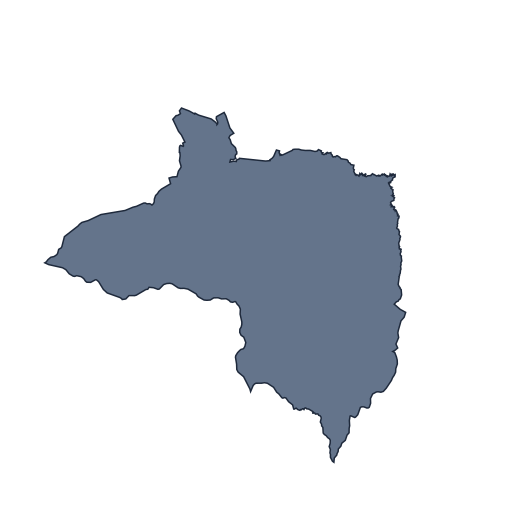 Sotaquirá, Boyacá, Colombia, rotated 210°
{"feature_id": "7082276B24848534982684", "entity_name": "Sotaquirá", "entity_type": "district", "adm_level": 2, "iso_a3": "COL", "parent_name": "Colombia", "parent_adm1": "Boyacá", "projection": "mercator", "projection_center": [-73.263, 5.785], "detail": "fine", "context": "isolated", "style": "filled", "palette": "slate", "viewbox_px": 512, "rotation_deg": 210, "n_neighbors": 0, "source": "geoboundaries", "source_scale": "gbopen_adm2", "svg_char_len": 6111}
<svg xmlns="http://www.w3.org/2000/svg" viewBox="0 0 512 512"><g transform="rotate(210 256 256)"><path d="M223.6,384.3L225.4,384.9L231.1,382.7L232.5,383.3L235.6,383.5L236.4,383.0L236.8,381.6L237.8,381.3L238.7,380.3L239.7,380.5L240.2,381.4L241.9,381.9L242.9,383.0L244.6,381.3L245.6,381.4L246.2,379.4L246.5,379.3L246.7,380.1L247.7,377.9L248.4,377.6L249.8,377.5L249.6,378.8L250.8,378.4L251.9,379.0L252.0,379.7L255.1,379.4L255.6,377.3L257.2,376.0L261.7,374.6L266.0,372.1L269.6,370.5L272.3,369.9L275.6,368.0L277.2,366.8L277.4,365.6L283.0,357.5L284.2,356.1L284.7,356.4L285.4,355.2L286.4,356.1L286.0,356.4L287.6,356.9L288.2,358.8L291.3,358.0L290.5,351.0L290.9,348.7L292.1,346.2L291.5,345.7L292.1,345.2L295.2,343.0L319.2,332.3L319.1,331.6L320.9,329.4L320.3,328.0L322.8,326.9L325.6,324.3L326.3,326.9L323.8,328.2L322.3,330.5L323.6,331.3L324.1,332.5L324.3,333.8L323.7,334.8L324.7,336.6L326.2,337.5L326.9,338.6L328.1,339.6L333.5,341.0L336.6,343.9L338.6,344.8L338.7,347.4L336.6,351.2L342.6,353.8L352.1,362.3L355.4,364.4L359.9,356.9L359.1,355.0L356.0,352.8L355.3,351.2L355.5,350.3L355.8,350.8L357.9,351.6L363.3,352.3L376.2,349.3L380.2,349.2L380.1,348.3L386.3,348.2L394.5,346.9L394.9,343.4L392.6,341.5L394.0,338.8L395.4,337.6L396.4,332.8L385.4,325.2L381.1,323.5L374.5,319.1L375.9,317.1L373.8,315.1L373.9,314.5L376.7,314.1L377.0,313.3L376.7,312.0L374.2,307.4L373.7,307.6L371.8,304.9L369.9,300.2L365.9,296.4L365.3,295.2L365.6,290.6L364.1,285.2L367.8,282.7L370.3,280.0L366.1,275.9L371.3,266.7L372.4,263.4L372.5,260.8L373.2,258.2L372.5,254.5L371.1,251.8L371.0,249.9L371.6,248.1L373.3,248.3L374.6,248.0L376.4,246.7L378.5,246.5L379.8,245.6L384.4,239.2L386.9,236.8L392.1,230.0L411.0,214.4L419.1,202.7L423.6,198.0L424.7,195.2L425.1,193.0L431.6,177.0L428.8,167.0L428.8,165.6L430.2,163.1L429.1,159.1L429.2,157.5L430.6,154.6L433.1,152.3L434.3,149.0L434.7,146.0L435.5,144.5L431.2,144.9L417.7,149.1L413.8,149.1L408.9,147.2L404.3,147.1L402.8,147.7L401.5,149.3L397.0,150.7L393.9,150.3L391.0,148.9L389.4,148.7L386.0,150.5L383.2,155.1L382.3,155.6L379.5,155.1L371.4,150.7L366.4,149.6L353.1,152.0L351.1,151.9L350.1,151.4L347.3,153.7L346.2,158.2L341.3,161.0L340.1,162.2L334.6,171.9L333.1,173.1L333.0,175.4L328.9,177.3L324.3,178.1L323.2,179.1L321.7,185.1L319.6,187.5L316.9,189.3L314.7,190.0L307.5,189.5L305.1,190.2L302.2,192.0L298.4,193.3L288.9,193.3L286.6,192.1L284.9,191.8L279.0,191.9L276.4,193.1L273.6,195.0L271.7,198.6L267.9,200.9L264.4,201.6L260.4,204.1L257.1,204.1L255.2,203.5L253.1,204.2L251.4,206.1L250.7,206.2L248.1,204.8L245.8,204.2L243.0,202.2L240.7,197.7L235.3,191.8L234.1,189.7L233.3,187.0L233.4,184.6L231.9,181.7L229.3,179.9L226.0,179.6L221.6,176.0L220.5,172.4L220.4,170.3L220.8,169.0L222.3,167.6L222.9,166.0L223.6,163.1L223.7,159.6L223.2,158.1L218.7,152.6L215.9,148.1L213.4,146.5L206.4,145.3L194.8,137.8L192.9,135.9L193.7,142.4L193.3,144.4L192.4,145.8L187.5,148.7L185.3,150.5L182.5,151.5L175.1,151.1L170.0,148.4L167.3,148.0L162.7,146.2L161.7,146.3L160.6,147.6L159.1,148.0L154.9,146.1L149.9,145.4L146.8,142.3L146.3,142.5L145.2,144.3L142.9,143.9L140.8,144.3L140.6,145.3L139.9,145.4L139.3,147.0L138.7,147.3L137.7,147.0L137.8,148.5L137.0,149.3L135.4,149.0L134.5,149.6L133.4,149.8L129.3,149.7L128.4,149.5L128.5,148.5L128.2,148.3L126.6,149.4L125.5,148.8L123.5,150.2L122.0,149.4L120.6,149.7L119.0,148.9L118.3,147.9L117.3,144.4L115.1,143.1L114.2,141.7L112.4,141.0L109.3,136.3L107.6,135.6L105.3,135.5L103.2,134.6L101.0,134.4L99.5,133.5L98.1,130.8L97.3,127.5L94.9,125.7L93.5,122.4L92.3,121.4L90.9,118.9L87.2,116.5L85.4,116.3L87.2,120.2L86.5,124.0L87.0,125.3L87.1,127.7L88.2,130.1L87.4,133.7L88.1,136.7L86.5,141.0L87.6,146.4L87.0,149.4L89.2,153.4L90.0,155.8L92.9,160.2L94.5,164.4L94.0,165.0L89.7,165.5L89.2,166.3L88.5,169.4L89.9,177.0L89.0,178.3L87.1,179.3L83.9,179.8L82.7,180.7L82.3,181.7L83.1,185.8L85.6,189.8L86.0,194.8L83.8,198.4L82.5,199.4L79.7,200.5L78.0,202.4L77.1,206.6L76.5,215.9L76.9,218.8L76.7,221.7L77.0,225.2L78.6,228.3L79.6,233.2L81.7,236.5L84.0,238.9L87.6,241.8L89.8,241.7L88.4,244.0L87.3,247.2L90.8,249.7L91.7,256.7L94.7,260.3L95.5,262.5L98.0,272.3L97.1,277.1L98.2,282.0L104.4,281.9L112.2,283.4L111.5,286.6L110.3,288.0L110.3,289.8L109.6,291.0L110.4,295.1L113.5,299.5L114.9,299.9L115.5,300.7L116.8,301.1L118.7,302.5L121.4,309.2L121.9,309.6L121.8,310.7L122.3,311.3L122.5,313.2L123.7,315.8L123.9,317.1L125.7,319.4L126.0,321.0L127.1,322.4L127.3,324.6L129.4,327.3L130.1,328.7L131.1,328.7L132.3,330.1L132.5,332.2L133.3,332.9L133.6,334.3L134.1,334.5L135.3,333.8L136.5,335.2L136.3,335.9L137.2,336.4L138.9,338.6L139.5,342.2L140.3,343.1L140.2,344.0L140.7,345.3L142.9,346.1L144.0,349.0L144.8,349.2L145.8,350.3L147.7,350.2L148.2,350.6L148.4,352.6L149.5,354.0L149.5,355.1L150.3,355.9L151.5,359.2L151.3,360.2L151.8,361.7L152.1,362.1L153.5,361.6L153.8,363.2L154.7,363.0L155.6,364.3L157.7,365.7L158.3,365.7L158.2,364.9L158.6,365.3L160.0,365.1L160.3,367.6L161.0,367.8L161.2,367.2L162.4,367.5L162.3,367.0L163.5,366.3L163.7,367.9L165.0,367.6L164.7,368.5L166.1,369.4L166.1,370.9L164.4,373.1L165.2,374.6L165.1,375.7L167.8,376.1L166.7,376.6L166.7,377.3L168.4,377.5L168.3,378.7L169.7,379.9L170.4,381.7L170.8,381.4L171.9,382.1L172.9,382.0L173.2,382.6L172.7,383.5L174.6,383.3L177.8,385.5L177.6,386.2L176.9,385.8L176.3,386.6L176.8,386.6L176.7,387.7L175.8,390.2L176.2,390.6L176.4,392.3L175.1,394.1L176.0,395.7L176.2,395.0L176.7,395.5L178.2,395.7L179.1,394.9L177.9,394.4L178.5,393.5L178.9,394.4L180.1,393.9L180.9,394.2L180.5,392.9L180.2,393.4L179.5,393.0L180.8,391.5L182.3,391.1L181.8,390.3L182.8,390.1L182.9,390.8L183.6,390.5L184.4,391.1L184.9,390.5L185.4,390.9L185.4,390.5L186.1,390.8L186.8,389.6L187.4,390.2L187.7,390.0L188.4,387.5L189.4,386.8L189.6,387.4L190.1,387.4L191.5,385.6L194.7,385.6L195.1,385.2L196.1,385.6L196.8,384.2L196.7,383.1L199.3,381.4L200.2,379.8L201.8,379.5L201.6,381.5L202.1,381.9L202.8,380.8L202.5,379.9L203.8,379.1L204.1,380.0L205.8,380.6L206.0,379.6L205.3,379.6L206.1,378.6L207.3,379.3L206.8,376.7L208.3,377.0L209.4,376.7L209.6,376.0L210.5,376.6L210.7,376.1L213.8,378.3L214.0,379.8L214.8,379.9L215.7,380.8L216.6,383.6L219.6,382.6L220.9,383.4L222.9,383.4L223.6,384.3Z" fill="#64748b" stroke="#1e293b" stroke-width="1.5"/></g></svg>